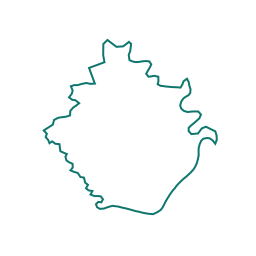 the district of Iraí, Rio Grande do Sul, Brazil, rotated 158°
{"feature_id": "56859067B57334464223199", "entity_name": "Iraí", "entity_type": "district", "adm_level": 2, "iso_a3": "BRA", "parent_name": "Brazil", "parent_adm1": "Rio Grande do Sul", "projection": "mercator", "projection_center": [-53.247, -27.255], "detail": "fine", "context": "isolated", "style": "outline", "palette": "teal", "viewbox_px": 256, "rotation_deg": 158, "n_neighbors": 0, "source": "geoboundaries", "source_scale": "gbopen_adm2", "svg_char_len": 2033}
<svg xmlns="http://www.w3.org/2000/svg" viewBox="0 0 256 256"><g transform="rotate(158 128 128)"><path d="M53.0,80.7L50.2,83.7L48.7,87.8L48.3,92.2L55.3,100.0L59.7,100.0L65.2,96.7L71.5,98.6L72.9,102.3L71.7,105.4L69.2,106.5L63.8,108.2L61.1,109.2L58.3,110.2L55.3,113.1L56.7,117.0L61.3,118.9L67.0,120.6L69.9,123.1L71.4,126.1L71.2,129.3L68.9,132.4L65.7,134.6L62.6,135.4L59.6,135.7L57.1,137.3L55.5,140.6L55.3,144.0L54.5,148.0L54.9,151.6L59.0,150.5L61.5,147.8L64.2,145.8L67.5,147.5L71.5,149.3L76.4,151.8L82.1,155.0L84.1,157.4L82.2,160.1L80.7,164.2L84.2,166.6L87.0,167.1L89.8,167.9L90.8,171.5L87.7,174.0L85.1,175.9L82.6,178.3L83.3,181.8L86.6,183.5L90.4,184.6L93.7,185.3L96.3,186.3L98.6,187.8L101.2,190.3L100.0,195.4L97.0,198.7L95.3,201.8L93.6,204.8L94.9,207.5L97.9,206.6L101.9,205.5L108.3,207.6L114.1,217.3L119.4,215.1L123.7,204.9L125.2,197.8L141.6,198.3L142.1,181.6L146.3,183.0L149.9,185.4L155.2,186.3L158.6,186.6L161.7,187.9L165.3,188.1L165.3,183.4L167.3,180.8L171.2,178.5L169.1,175.0L166.4,173.5L164.0,169.3L168.0,168.1L171.1,167.5L175.1,165.5L177.0,161.4L180.5,161.6L183.3,162.2L186.4,163.1L189.0,163.6L193.5,163.2L196.4,159.3L207.0,157.3L205.4,153.1L207.7,150.4L206.5,146.8L206.5,143.3L203.3,144.0L201.3,140.6L197.6,138.7L198.4,135.7L199.4,131.8L196.7,128.9L194.5,126.8L196.8,124.8L197.2,121.0L195.6,118.5L192.8,115.5L194.1,112.0L197.2,110.3L194.9,107.9L191.4,105.1L190.5,100.4L187.4,98.5L188.2,93.5L186.4,90.3L189.5,87.9L188.0,85.0L184.6,82.9L187.7,80.3L184.4,77.3L181.6,76.3L178.9,74.9L177.9,71.3L180.5,69.1L183.3,70.6L186.3,69.3L186.3,66.1L184.4,63.6L180.5,62.3L176.4,62.2L171.7,61.7L166.6,58.9L163.7,56.7L159.6,53.9L155.5,50.8L152.1,48.1L149.0,46.1L146.2,44.0L141.5,41.0L137.0,38.7L132.1,39.0L128.5,39.7L125.8,41.3L123.0,43.7L119.7,46.5L116.6,48.8L113.1,51.3L109.7,53.4L107.0,54.7L104.5,56.3L101.3,57.8L96.1,59.9L91.9,61.2L86.6,63.2L82.6,65.2L80.2,66.9L77.4,69.6L75.1,72.6L72.8,76.0L71.2,80.2L69.8,83.2L67.6,86.1L64.7,88.9L62.0,89.8L58.7,89.2L56.2,87.9L54.2,84.9L53.0,80.7Z" fill="none" stroke="#0f766e" stroke-width="2"/></g></svg>